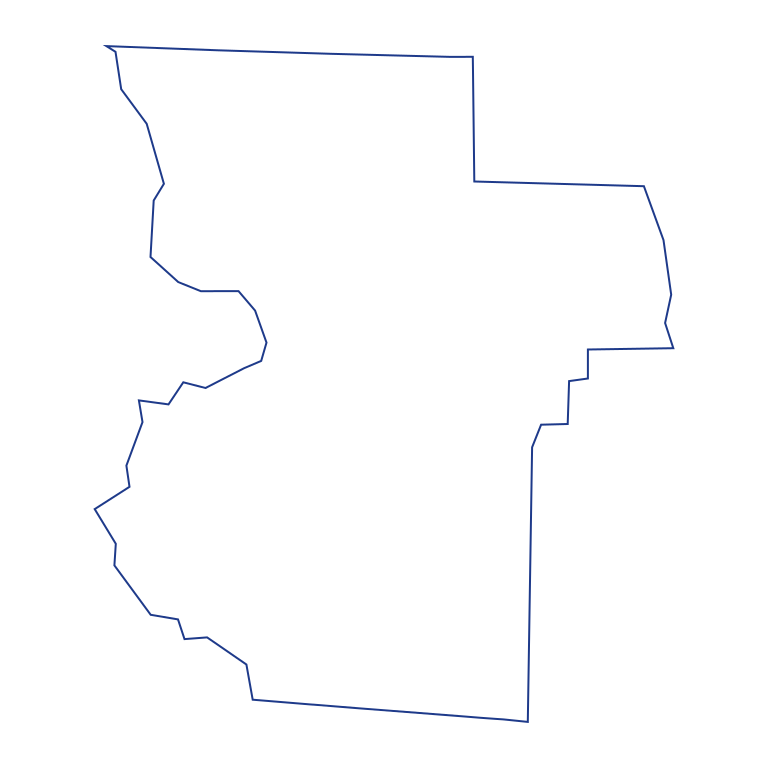 the district of Lowndes, Georgia, United States of America
{"feature_id": "52423323B90608613064350", "entity_name": "Lowndes", "entity_type": "district", "adm_level": 2, "iso_a3": "USA", "parent_name": "United States of America", "parent_adm1": "Georgia", "projection": "equal_earth", "projection_center": [-83.3, 30.828], "detail": "fine", "context": "isolated", "style": "outline", "palette": "blue", "viewbox_px": 768, "rotation_deg": 0, "n_neighbors": 0, "source": "geoboundaries", "source_scale": "gbopen_adm2", "svg_char_len": 813}
<svg xmlns="http://www.w3.org/2000/svg" viewBox="0 0 768 768"><path d="M451.2,56.9L330.6,53.8L218.1,50.3L106.4,46.1L115.5,51.8L121.2,89.2L146.7,123.8L163.9,183.8L153.7,200.5L150.5,257.0L178.3,282.1L200.9,291.2L238.5,291.1L255.1,310.6L266.5,342.6L261.2,360.9L244.1,368.2L205.5,388.0L183.3,382.3L168.5,404.4L138.9,400.4L142.5,422.1L126.4,465.6L129.5,486.8L94.7,509.1L115.8,543.8L114.4,565.4L150.7,614.8L178.0,619.4L184.5,639.1L207.1,637.4L246.4,664.5L252.7,699.7L273.4,701.4L309.9,704.4L312.6,704.6L313.0,704.6L358.9,708.3L464.6,716.5L480.7,717.8L494.5,718.8L503.4,719.4L527.8,721.9L532.1,447.3L541.1,424.7L567.7,424.0L569.1,381.1L587.9,378.5L587.9,349.5L673.3,348.2L665.1,323.0L671.2,294.7L663.5,240.1L643.9,186.2L474.3,181.5L473.0,71.3L472.8,56.8L451.2,56.9Z" fill="none" stroke="#1e3a8a" stroke-width="2"/></svg>